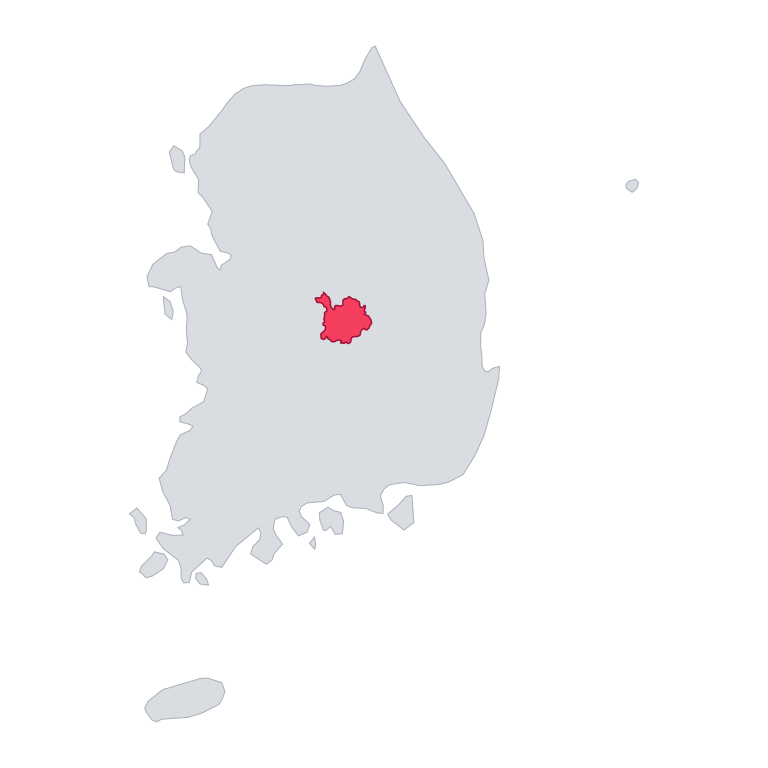 location of Sangju-si, North Gyeongsang, South Korea
{"feature_id": "91817680B21539665501577", "entity_name": "Sangju-si", "entity_type": "district", "adm_level": 2, "iso_a3": "KOR", "parent_name": "South Korea", "parent_adm1": "North Gyeongsang", "projection": "robinson", "projection_center": [128.043, 36.44], "detail": "fine", "context": "in_parent", "style": "filled", "palette": "rose", "viewbox_px": 768, "rotation_deg": 0, "n_neighbors": 0, "source": "geoboundaries", "source_scale": "gbopen_adm2", "svg_char_len": 5168}
<svg xmlns="http://www.w3.org/2000/svg" viewBox="0 0 768 768"><path d="M196.5,150.9L199.6,148.5L199.9,145.1L200.0,134.0L209.0,126.3L221.8,110.5L228.1,101.8L235.3,93.8L243.6,88.4L251.7,85.8L264.5,84.7L288.9,85.7L293.7,84.8L310.8,84.0L314.8,85.4L327.1,86.3L340.8,85.3L347.7,82.9L354.1,79.0L359.7,71.8L365.4,58.5L371.6,48.0L375.2,46.1L400.3,101.8L424.4,137.8L444.9,163.8L474.3,214.0L483.0,240.9L483.9,257.5L488.9,280.4L484.8,293.5L486.1,314.1L484.3,324.7L480.8,332.6L480.7,347.6L481.9,355.6L482.1,366.2L484.4,370.4L487.8,371.9L493.1,368.1L499.6,366.4L498.6,379.3L490.8,411.7L484.1,435.3L474.8,455.8L463.0,474.6L448.7,482.0L438.7,484.6L419.5,485.6L403.6,482.4L389.9,484.7L384.4,488.6L380.3,495.3L383.3,505.7L383.0,513.4L377.1,512.9L365.5,508.4L352.6,507.8L346.6,505.6L340.5,494.5L334.4,494.9L323.6,501.5L307.1,502.9L301.3,506.5L299.2,511.0L301.6,516.8L309.9,524.4L307.1,532.1L298.5,536.0L291.5,526.5L287.2,517.2L282.3,516.7L274.8,519.4L273.2,529.4L276.7,536.2L282.5,544.1L274.4,553.2L272.2,559.6L266.4,564.3L250.6,554.0L252.9,546.6L259.7,539.5L260.6,532.2L258.4,527.8L235.8,546.4L221.8,567.4L214.4,565.8L211.3,560.4L207.0,558.2L191.9,571.8L189.1,582.5L183.6,582.9L181.2,578.4L181.1,568.7L178.5,560.5L163.1,548.5L156.0,538.1L159.9,532.2L172.8,535.4L183.1,535.0L181.1,530.0L177.8,527.7L184.6,524.9L190.3,519.2L185.6,517.6L178.4,520.9L172.4,519.3L170.1,505.6L162.8,491.6L159.1,478.1L166.4,470.2L170.1,458.1L177.0,440.5L180.3,434.8L189.6,430.7L193.0,426.2L187.9,423.8L179.8,421.8L180.0,416.7L185.6,413.9L191.8,408.3L203.8,401.5L207.6,388.7L204.1,385.5L196.7,382.4L198.4,375.9L201.5,371.0L200.4,368.0L191.6,359.7L185.8,352.0L187.5,343.4L186.3,330.3L187.1,319.2L186.8,313.3L182.6,299.8L180.7,286.4L175.0,288.3L170.4,291.7L154.1,286.9L149.0,286.6L147.0,276.6L152.9,264.3L166.8,253.4L174.8,252.1L180.8,247.3L190.2,245.8L201.4,253.2L211.5,254.6L217.0,267.4L220.4,270.1L221.2,265.4L229.3,259.9L231.3,255.8L229.5,253.5L220.2,251.2L211.9,235.4L210.7,228.5L207.7,224.1L212.3,211.5L202.7,197.1L198.0,192.6L198.7,179.6L193.7,171.3L190.9,166.8L189.2,159.0L190.7,155.5L195.1,154.2L196.5,150.9ZM161.6,719.2L156.8,721.9L152.5,720.3L151.3,719.0L146.1,711.8L144.7,708.1L148.3,701.1L162.8,689.6L200.3,678.5L207.1,678.0L221.8,682.7L224.9,691.6L222.2,699.3L218.8,704.5L201.6,713.2L188.3,717.3L161.6,719.2ZM413.9,522.4L404.1,530.1L390.8,519.8L387.7,514.1L397.7,505.7L406.3,496.2L411.9,495.6L413.9,522.4ZM343.6,521.5L342.5,533.7L335.1,534.3L330.7,526.5L326.0,530.3L323.6,530.4L319.9,520.6L319.3,512.9L328.0,507.1L333.2,510.6L340.7,512.4L343.6,521.5ZM152.6,575.9L145.9,577.8L142.2,573.5L139.6,572.4L141.1,566.7L152.0,555.6L154.2,551.8L164.2,554.1L167.9,560.0L163.2,568.9L152.6,575.9ZM184.8,156.5L184.2,172.9L178.6,172.2L174.7,170.6L173.1,167.4L169.3,152.1L173.7,145.8L182.1,150.8L184.8,156.5ZM146.4,530.8L145.0,533.9L140.5,533.0L135.9,524.4L134.0,517.5L129.4,513.8L136.8,507.9L146.1,518.5L146.4,530.8ZM173.3,311.4L171.8,319.5L165.0,314.1L163.2,296.5L170.1,301.6L173.3,311.4ZM636.8,188.6L632.2,192.3L626.6,188.6L625.9,184.7L628.7,181.3L635.4,179.3L638.6,182.3L636.8,188.6ZM206.7,579.2L208.5,585.1L200.0,584.0L195.6,578.3L196.2,573.4L201.2,572.7L206.7,579.2ZM315.8,545.3L314.7,549.2L309.4,543.4L314.6,537.0L315.8,545.3Z" fill="#d9dde1" stroke="#a8b0b8" stroke-width="1"/><path d="M315.3,298.6L316.5,301.2L317.2,302.4L318.7,302.5L320.3,302.6L322.0,303.2L323.4,304.6L323.8,306.1L324.4,306.8L326.2,307.4L326.6,308.3L327.0,311.0L325.7,311.7L324.8,312.3L324.4,313.7L324.6,314.9L324.6,316.5L324.0,318.0L324.0,319.8L324.6,320.8L324.5,321.9L323.4,322.7L323.0,323.3L323.3,325.2L324.9,325.8L325.5,326.8L325.5,327.5L325.5,328.5L325.0,329.7L324.0,331.2L323.4,331.7L321.6,333.1L320.8,334.2L320.9,335.0L321.0,336.5L321.2,338.4L323.4,339.5L324.9,338.9L326.0,337.6L326.3,336.4L327.7,337.2L327.8,338.7L328.9,339.3L330.4,340.1L331.0,341.1L332.1,341.7L333.5,341.8L335.1,341.5L336.4,340.6L337.8,340.1L339.5,340.1L340.6,340.6L341.6,341.1L340.8,342.1L340.6,342.8L342.5,343.3L344.1,343.4L345.4,342.2L346.9,342.3L347.4,343.4L348.8,343.4L350.4,342.3L350.8,341.3L350.9,341.1L350.9,339.8L351.4,338.5L352.5,336.8L353.4,336.7L355.1,336.7L356.8,336.5L358.1,336.3L359.7,335.4L360.4,334.2L360.4,332.6L360.9,331.2L361.8,329.9L363.6,328.3L364.5,328.9L365.1,329.6L365.6,329.7L367.2,329.7L367.4,329.0L368.2,328.7L369.1,328.0L369.5,326.8L369.9,325.3L370.6,324.9L371.2,323.7L371.7,323.0L370.8,319.6L368.5,316.1L367.5,315.6L366.0,314.9L365.2,314.7L364.3,314.2L365.6,313.0L365.7,312.2L364.6,311.4L364.1,310.2L364.4,309.3L365.2,308.7L365.2,305.7L364.1,305.6L363.7,307.1L363.0,307.2L361.2,307.4L360.1,306.9L359.8,305.2L359.6,303.2L359.2,301.8L358.1,301.2L356.8,300.9L356.5,299.9L355.2,299.4L353.3,299.1L351.7,298.4L350.9,297.8L349.9,297.0L348.7,296.7L347.7,298.0L346.0,298.7L344.5,298.7L343.2,299.9L342.8,301.8L343.1,304.6L341.3,306.1L339.2,305.8L337.0,305.5L335.4,305.6L334.5,306.7L334.8,308.2L334.4,309.6L333.3,309.5L332.2,308.2L330.9,307.1L330.5,305.1L330.5,304.1L330.5,302.6L330.5,301.5L329.9,299.7L329.1,297.6L328.6,297.8L328.2,296.8L327.0,296.0L326.1,295.2L325.3,293.8L323.6,292.6L323.8,294.1L322.1,294.8L321.4,295.7L321.1,297.6L319.6,297.9L317.9,297.9L316.1,297.8L315.3,298.6Z" fill="#f43f5e" stroke="#9f1239" stroke-width="1.5"/></svg>